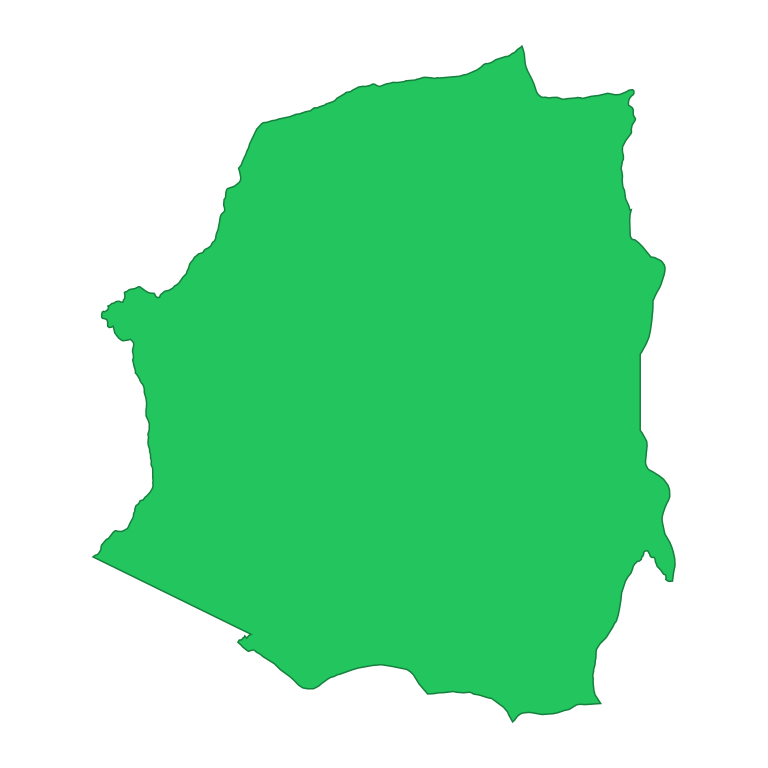 Porto de Moz, Pará, Brazil (Equal Earth projection)
{"feature_id": "56859067B79673758478118", "entity_name": "Porto de Moz", "entity_type": "district", "adm_level": 2, "iso_a3": "BRA", "parent_name": "Brazil", "parent_adm1": "Pará", "projection": "equal_earth", "projection_center": [-52.537, -2.166], "detail": "fine", "context": "isolated", "style": "filled", "palette": "green", "viewbox_px": 768, "rotation_deg": 0, "n_neighbors": 0, "source": "geoboundaries", "source_scale": "gbopen_adm2", "svg_char_len": 6045}
<svg xmlns="http://www.w3.org/2000/svg" viewBox="0 0 768 768"><path d="M238.6,168.2L239.8,172.3L240.8,177.7L240.4,180.5L239.0,182.6L234.3,186.3L227.5,188.6L226.7,189.8L225.9,192.3L225.5,197.6L224.1,199.5L223.7,204.2L223.8,205.7L224.6,208.1L224.6,211.1L221.3,214.4L220.1,217.5L219.8,220.4L218.1,229.4L216.2,234.4L215.6,238.7L214.4,241.0L212.5,242.5L210.7,246.1L207.6,248.3L205.6,249.1L204.1,250.4L203.3,252.1L202.0,252.9L198.8,253.8L194.4,257.4L192.8,260.2L190.6,262.6L189.5,264.6L188.6,268.2L187.2,270.9L186.2,273.9L183.0,277.1L178.9,283.0L176.5,285.0L174.8,285.8L172.8,288.1L171.8,288.7L168.9,290.3L164.6,291.3L160.3,295.0L159.7,297.2L157.6,297.6L155.9,296.5L154.3,293.4L149.7,293.0L148.5,292.6L145.1,290.7L140.0,286.9L138.8,286.7L134.8,288.6L129.6,289.5L128.5,290.1L126.5,291.8L125.3,291.8L124.4,292.8L124.9,295.3L124.8,298.1L123.6,300.0L122.7,302.2L121.6,302.3L119.4,301.3L117.0,301.4L115.9,301.7L114.1,303.1L112.0,303.4L109.7,305.4L107.9,306.1L108.5,307.4L107.9,309.7L106.7,310.3L105.8,311.3L104.7,311.7L103.5,311.3L102.3,312.1L101.6,314.9L101.7,317.2L102.5,318.3L105.0,318.8L106.8,319.6L107.6,322.0L107.7,326.3L109.1,327.5L111.0,327.3L113.2,326.3L114.8,333.0L118.6,338.0L121.2,340.0L123.0,340.8L128.4,340.0L130.2,339.3L131.9,340.7L133.4,342.6L133.8,344.0L133.4,346.8L132.6,349.5L132.6,351.8L133.2,354.2L133.5,357.5L132.7,359.9L134.0,366.0L135.4,370.5L135.4,373.1L136.4,373.9L139.0,377.9L140.1,380.7L141.7,383.4L142.7,384.3L143.8,386.8L144.3,389.5L144.3,392.6L145.9,398.0L146.6,402.8L146.4,407.6L146.0,410.2L146.1,416.0L148.3,420.6L149.3,423.9L149.2,429.9L147.9,434.4L148.5,436.8L148.0,442.3L148.2,444.9L149.6,449.2L149.6,451.5L150.5,454.4L150.6,458.6L151.3,459.8L151.1,464.9L152.4,467.6L152.7,469.2L152.8,478.1L153.1,480.5L152.8,483.0L153.1,485.6L152.4,488.3L150.2,492.1L146.9,495.8L145.1,497.2L142.9,500.2L141.6,500.2L140.0,500.9L138.8,503.5L135.9,505.8L134.9,508.8L134.7,511.5L133.6,513.6L133.4,516.2L133.0,517.7L130.1,522.9L128.3,527.1L127.3,528.6L122.1,531.4L118.8,531.4L115.3,530.7L113.3,532.2L108.6,538.3L106.2,539.6L101.5,545.2L101.0,547.7L101.0,549.5L98.9,553.0L97.4,554.6L95.2,555.3L93.0,556.9L251.2,634.4L249.0,635.4L246.7,638.1L244.8,635.9L244.1,637.4L242.8,638.1L241.6,639.8L239.2,640.1L237.9,642.2L241.1,645.1L242.6,646.9L247.1,650.5L248.5,651.3L253.2,649.8L255.1,650.8L256.2,652.0L260.3,654.3L263.1,656.7L274.5,663.8L280.4,669.7L290.0,676.7L294.3,680.6L298.8,685.3L302.8,687.9L307.7,688.8L313.6,688.7L318.5,686.2L322.2,683.1L328.2,678.8L330.9,677.3L333.5,676.7L338.1,674.5L339.7,674.3L351.9,669.9L358.3,668.0L372.2,665.5L381.3,664.7L392.1,666.4L406.8,669.4L410.4,671.8L413.4,674.7L419.1,684.0L427.7,694.0L434.3,693.6L438.9,692.8L443.4,692.7L453.2,691.5L456.9,692.3L463.7,692.8L469.7,692.2L471.6,692.8L473.4,694.0L479.1,695.0L488.4,697.9L491.6,698.4L503.6,707.3L507.5,711.9L508.8,715.0L512.6,721.9L514.4,720.3L517.6,716.0L520.7,713.8L522.7,713.0L528.7,712.4L531.3,712.6L541.9,714.5L553.1,713.7L557.6,712.8L564.0,710.6L569.2,709.4L576.5,704.9L577.6,704.6L580.0,704.3L584.9,704.6L600.7,703.5L595.0,694.7L593.9,690.3L593.1,682.6L593.2,678.1L592.7,675.6L593.6,671.3L593.7,669.1L594.9,665.2L595.3,660.7L595.9,658.0L596.1,651.8L596.5,649.3L599.9,643.9L606.2,637.6L613.0,626.7L614.2,623.9L616.4,621.0L618.3,614.8L619.4,609.1L620.9,600.0L621.6,592.9L625.4,581.3L627.5,577.5L631.0,573.0L632.7,568.5L633.3,566.1L635.1,563.6L636.6,562.1L637.6,561.3L639.4,561.0L641.3,559.4L641.8,557.0L642.9,556.1L643.7,554.0L643.7,552.5L644.5,551.5L645.7,550.9L647.7,550.8L649.7,554.3L650.4,556.5L652.1,557.5L653.3,557.2L654.4,557.8L655.2,559.8L655.5,562.2L656.5,564.2L657.2,566.4L660.6,569.9L663.6,574.2L664.7,574.5L665.8,575.4L666.1,577.9L665.7,579.4L667.6,580.9L669.4,581.4L672.5,581.1L673.6,572.4L674.8,566.7L675.0,564.7L674.7,558.6L673.3,552.0L671.8,547.2L669.8,542.3L665.1,534.4L664.6,532.8L662.5,522.9L662.1,520.0L662.1,517.3L663.2,512.8L665.0,507.6L667.0,503.0L668.4,500.5L669.8,496.6L669.5,489.6L667.9,485.1L663.7,479.4L659.6,476.1L652.2,471.4L649.1,469.9L647.5,468.3L645.7,464.2L645.5,461.5L647.1,445.5L646.7,441.3L642.1,432.9L640.2,430.4L640.2,354.2L641.6,352.2L646.3,343.6L649.0,337.1L650.4,330.5L651.7,321.4L652.9,308.7L653.0,300.9L654.8,296.6L657.0,292.1L659.6,287.7L661.1,284.2L664.1,274.8L664.9,270.9L665.0,268.9L664.9,267.2L664.2,264.8L661.9,261.6L660.8,260.6L654.5,257.5L650.9,257.0L642.7,246.9L638.9,243.0L635.0,239.9L632.4,239.4L631.3,238.3L630.2,235.9L629.7,220.4L630.0,214.8L631.3,209.7L630.0,210.2L628.8,205.8L625.6,198.8L624.5,190.5L622.8,186.5L622.2,180.5L622.5,176.0L621.8,171.1L621.2,169.5L621.2,168.0L622.5,161.1L623.4,159.3L623.4,155.7L622.6,152.5L622.4,149.8L622.6,146.6L626.0,140.2L631.0,133.6L631.5,132.1L631.3,129.0L632.2,125.0L635.1,120.4L635.5,118.8L633.3,115.1L633.2,109.6L632.4,107.9L630.6,106.5L628.6,105.4L628.4,102.9L628.8,100.3L629.9,97.9L631.4,96.1L633.2,94.7L634.0,93.2L633.8,90.8L632.6,89.7L629.0,90.2L626.3,91.8L619.9,94.5L615.2,94.8L607.8,93.3L598.5,95.5L591.3,96.3L582.4,98.5L581.2,97.9L577.6,97.5L576.1,97.9L566.5,98.7L564.6,99.2L562.5,99.2L557.0,97.3L551.6,97.5L549.3,98.0L545.2,97.2L542.9,97.4L541.3,97.0L538.5,94.8L537.5,93.6L536.4,91.5L534.2,84.6L532.2,79.9L527.4,70.5L525.7,66.0L525.1,62.8L524.3,54.3L523.3,50.0L521.9,46.1L520.9,47.2L517.7,49.3L514.4,52.7L512.4,53.3L510.0,55.3L507.7,56.4L505.8,56.5L496.0,59.6L491.4,62.5L488.1,63.6L485.8,63.6L483.6,64.6L481.6,66.7L476.9,70.0L466.8,74.4L462.5,75.2L460.0,76.2L439.6,78.0L437.0,77.7L435.3,78.4L430.0,77.7L424.9,77.3L422.8,77.6L418.3,79.1L416.6,79.3L415.4,80.0L406.0,80.8L403.8,81.7L397.9,82.5L392.6,82.4L391.2,83.0L385.9,84.0L379.8,86.5L377.7,86.0L374.3,84.1L372.6,84.1L369.9,85.5L365.4,86.5L363.1,86.3L358.7,87.0L352.3,90.3L350.5,91.7L346.6,92.3L345.6,92.8L344.7,93.7L337.1,98.2L334.9,100.6L333.1,101.6L325.9,104.1L324.8,105.1L319.4,106.8L317.2,107.9L314.1,107.9L310.2,110.9L305.8,111.7L299.5,113.9L296.0,114.3L289.9,116.7L278.5,119.1L275.6,120.2L272.4,120.6L266.9,122.3L263.3,122.7L261.6,123.8L256.7,129.2L249.6,144.0L248.6,147.8L246.8,151.3L246.1,153.6L242.6,161.2L241.1,165.2L238.6,168.2Z" fill="#22c55e" stroke="#15803d" stroke-width="1.5"/></svg>